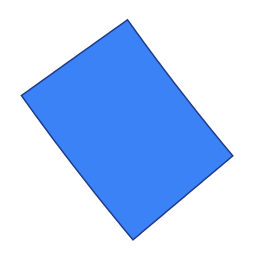 outline of Colorado, rotated 52°
{"feature_id": "USA-3522", "entity_name": "Colorado", "entity_type": "State", "adm_level": 1, "iso_a3": "USA", "parent_name": "United States of America", "parent_adm1": "", "projection": "orthographic", "projection_center": [-105.117, 39.0], "detail": "fine", "context": "isolated", "style": "filled", "palette": "blue", "viewbox_px": 256, "rotation_deg": 52, "n_neighbors": 0, "source": "natural_earth", "source_scale": "10m", "svg_char_len": 2073}
<svg xmlns="http://www.w3.org/2000/svg" viewBox="0 0 256 256"><g transform="rotate(52 128 128)"><path d="M42.4,61.8L46.3,61.9L50.2,62.1L54.0,62.2L57.9,62.4L61.7,62.5L65.6,62.6L69.5,62.8L73.3,62.9L77.2,63.0L81.0,63.1L84.9,63.2L88.8,63.3L92.6,63.4L96.5,63.4L100.3,63.5L104.2,63.6L108.1,63.6L111.9,63.7L115.8,63.7L119.7,63.8L123.5,63.8L127.4,63.8L131.3,63.8L135.1,63.8L139.0,63.8L142.8,63.8L146.7,63.8L150.6,63.8L154.4,63.8L158.3,63.8L162.2,63.7L165.2,63.7L169.0,63.6L171.9,63.6L174.8,63.6L177.7,63.5L180.7,63.5L183.6,63.4L186.5,63.3L189.5,63.3L192.4,63.2L195.3,63.1L198.2,63.1L201.2,63.0L204.1,62.9L207.0,62.8L209.9,62.7L212.9,62.6L214.5,62.6L214.5,64.6L214.6,66.6L214.7,68.7L214.8,70.7L214.8,72.7L214.9,74.8L215.0,76.8L215.1,78.9L215.1,80.9L215.2,82.9L215.3,85.0L215.3,87.0L215.4,89.0L215.5,91.1L215.6,93.1L215.6,95.1L215.7,98.2L215.8,101.2L216.0,104.3L216.1,107.4L216.2,110.4L216.3,113.5L216.4,116.5L216.5,119.6L216.6,122.6L216.8,125.7L216.9,128.7L217.0,131.8L217.1,134.9L217.2,137.9L217.3,141.0L217.4,144.0L217.5,147.1L217.6,150.1L217.8,153.2L217.9,156.2L218.0,159.3L218.1,162.4L218.2,165.4L218.3,168.5L218.4,171.5L218.5,174.6L218.6,177.6L218.7,180.7L218.9,183.7L219.0,186.8L219.1,189.8L219.2,192.9L216.7,193.0L213.5,193.1L210.2,193.2L207.0,193.3L203.8,193.4L200.6,193.5L197.4,193.5L194.2,193.6L189.3,193.7L184.3,193.8L179.4,193.9L174.5,194.0L169.6,194.1L164.7,194.1L159.7,194.2L154.8,194.2L149.9,194.2L145.0,194.2L140.1,194.2L135.1,194.2L130.2,194.2L125.3,194.2L120.4,194.2L115.5,194.1L110.5,194.1L105.6,194.0L100.7,193.9L95.8,193.9L90.9,193.8L86.0,193.7L81.0,193.5L76.1,193.4L71.2,193.3L66.3,193.1L61.4,193.0L56.5,192.8L51.5,192.6L46.6,192.4L41.7,192.2L36.8,192.0L37.0,188.0L37.2,183.9L37.3,179.8L37.5,175.8L37.7,171.7L37.8,167.6L38.0,163.5L38.2,159.5L38.4,155.4L38.5,151.3L38.7,147.3L38.9,143.2L39.0,139.1L39.2,135.0L39.4,131.0L39.6,126.9L39.7,122.8L39.9,118.8L40.1,114.7L40.3,110.6L40.5,106.5L40.6,102.5L40.8,98.4L41.0,94.3L41.2,90.2L41.4,86.2L41.5,82.1L41.7,78.0L41.9,74.0L42.1,69.9L42.3,65.8L42.4,61.8Z" fill="#3b82f6" stroke="#1e3a8a" stroke-width="1.5"/></g></svg>